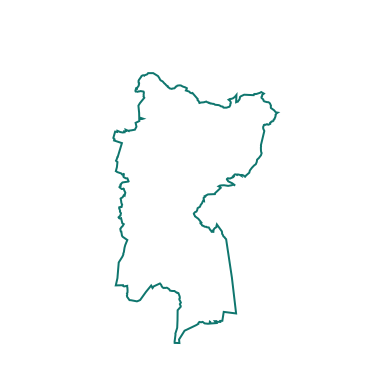 Almoloya, Hidalgo, Mexico (Robinson projection), rotated 319°
{"feature_id": "50627088B66960340766478", "entity_name": "Almoloya", "entity_type": "district", "adm_level": 2, "iso_a3": "MEX", "parent_name": "Mexico", "parent_adm1": "Hidalgo", "projection": "robinson", "projection_center": [-98.314, 19.738], "detail": "fine", "context": "isolated", "style": "outline", "palette": "teal", "viewbox_px": 384, "rotation_deg": 319, "n_neighbors": 0, "source": "geoboundaries", "source_scale": "gbopen_adm2", "svg_char_len": 6053}
<svg xmlns="http://www.w3.org/2000/svg" viewBox="0 0 384 384"><g transform="rotate(319 192 192)"><path d="M249.8,213.7L253.2,213.0L256.5,212.7L258.3,212.9L260.4,211.9L262.4,210.3L264.9,210.2L268.2,209.5L270.1,208.3L270.4,207.3L271.2,206.0L273.1,203.7L274.2,202.7L274.7,201.9L286.6,193.4L287.3,191.0L288.1,189.9L288.8,189.3L289.8,189.0L290.2,188.6L291.1,188.9L291.5,189.5L292.9,189.9L293.4,190.4L293.5,191.0L293.9,191.4L295.7,191.9L296.4,191.0L297.3,191.2L297.7,191.0L298.4,191.0L299.2,191.6L300.4,191.6L301.2,190.9L302.3,191.0L303.5,190.2L303.8,190.2L305.3,189.2L305.5,188.7L305.9,188.4L306.5,188.4L307.1,188.1L308.7,188.3L307.7,187.1L307.5,185.9L307.6,184.3L306.7,180.4L307.2,179.5L308.2,178.7L308.9,176.4L308.9,175.4L308.6,174.4L307.5,173.3L306.0,171.0L305.9,170.1L306.5,168.9L306.2,166.7L306.7,165.9L307.7,165.7L308.6,164.8L310.8,164.9L309.8,162.0L308.3,161.7L305.2,160.4L304.3,159.9L303.9,159.3L303.0,158.9L302.1,159.4L295.3,152.9L294.9,152.7L291.6,151.8L290.6,151.8L288.9,153.1L288.1,153.4L286.9,153.5L286.1,153.9L284.2,153.2L289.2,147.9L286.9,148.3L284.6,148.2L282.9,147.6L281.7,146.7L280.2,146.4L280.5,148.0L280.3,149.2L280.0,149.9L279.2,150.6L278.8,150.6L277.8,151.6L276.2,152.2L273.4,151.0L271.5,149.4L271.1,148.9L271.2,147.7L270.1,146.4L269.7,145.0L269.2,144.0L266.7,141.3L266.2,139.7L265.2,138.8L264.8,138.0L264.0,137.4L263.7,136.9L263.8,136.4L263.1,135.8L263.2,135.3L262.5,134.5L262.1,133.1L259.7,132.0L257.1,130.1L256.5,130.0L256.0,129.7L256.6,128.1L256.5,126.2L256.7,125.9L257.3,125.6L257.3,117.6L256.8,117.5L256.3,116.9L255.7,115.5L255.8,114.6L255.6,114.1L254.0,111.4L255.4,110.9L256.2,110.3L255.5,108.5L254.2,106.3L253.5,104.3L252.4,103.2L250.7,102.1L249.5,102.2L248.8,101.8L248.2,102.1L247.4,102.2L246.5,102.1L245.7,101.4L244.4,100.9L243.1,99.1L243.0,97.8L242.7,97.2L242.7,96.5L243.1,96.3L243.0,95.7L242.6,95.0L242.6,92.7L242.4,92.3L242.4,89.5L242.1,88.4L241.7,87.6L241.6,86.2L242.0,85.0L242.4,82.2L240.7,76.8L236.9,73.5L236.0,73.7L235.1,73.7L232.8,72.8L232.3,72.9L232.0,72.1L231.8,71.9L230.9,71.5L229.7,71.4L229.0,71.8L228.7,71.8L225.5,72.6L224.5,73.1L223.7,74.1L223.8,74.3L223.6,75.0L223.4,75.3L222.7,75.5L222.4,76.2L221.2,76.9L219.4,77.3L218.9,77.2L218.8,77.5L218.1,78.1L217.6,77.7L217.5,77.3L215.8,78.4L215.5,78.8L215.4,79.2L216.0,79.7L216.8,80.8L217.7,81.0L218.2,81.5L219.4,82.1L221.3,84.4L221.1,85.1L220.4,85.9L219.2,86.9L218.5,88.0L218.0,88.2L217.8,89.6L210.9,90.8L208.2,91.7L204.0,97.6L201.1,101.1L203.2,104.6L202.3,104.2L200.0,102.4L198.8,103.9L194.8,102.8L192.9,106.3L189.8,107.5L186.7,105.7L184.8,104.4L184.3,104.6L182.8,101.4L182.1,102.7L181.1,102.1L180.6,102.5L180.3,101.9L179.9,102.4L178.8,101.7L177.2,99.7L175.8,96.8L174.9,97.6L173.6,96.0L168.1,99.6L168.2,100.1L168.0,100.9L167.7,101.3L168.0,101.6L167.5,102.1L167.1,102.2L171.2,109.1L158.8,116.9L158.6,116.7L156.5,118.0L155.2,118.5L155.1,119.1L155.4,120.5L151.6,124.0L148.2,126.3L148.5,127.0L148.6,127.8L150.8,131.6L150.7,132.9L150.9,133.3L152.2,133.5L152.3,133.8L151.7,134.4L150.5,135.1L150.2,136.0L151.0,138.2L152.2,139.3L151.1,142.4L150.9,142.4L145.8,139.2L143.9,139.3L143.3,139.8L142.9,139.5L142.3,139.8L141.9,140.8L141.0,140.9L140.7,140.6L140.4,140.8L140.9,143.6L141.8,144.3L142.5,144.5L142.6,144.9L142.1,145.8L141.2,148.8L139.1,150.3L139.1,149.6L138.3,149.7L137.7,150.2L137.0,150.1L136.1,150.5L134.4,150.1L133.8,150.1L133.0,151.7L131.6,153.8L130.9,155.8L130.4,155.9L129.4,156.9L129.0,157.1L128.4,156.6L128.1,156.6L127.9,156.2L127.0,155.8L126.3,156.6L125.5,158.9L124.7,159.6L124.5,161.3L124.3,161.6L122.7,162.5L122.6,162.8L120.0,162.9L119.8,163.8L120.0,164.5L120.4,164.8L121.3,165.2L118.9,169.9L119.4,171.5L116.9,172.3L116.1,172.2L113.7,172.8L112.5,174.8L112.3,175.7L112.5,175.8L110.5,179.0L110.3,180.3L111.7,185.8L106.9,188.2L104.5,189.8L101.2,192.6L99.6,193.5L99.2,194.1L97.1,195.1L90.5,197.1L79.2,208.1L73.2,212.5L78.8,217.1L78.4,217.8L78.8,218.7L81.5,220.3L80.7,221.2L80.5,221.8L78.7,224.1L77.3,225.6L76.4,225.8L76.1,226.6L75.1,227.5L74.9,227.5L74.3,228.5L73.9,232.6L75.0,233.7L78.7,238.4L80.3,239.0L82.0,239.5L91.7,237.2L99.8,235.8L99.2,238.6L100.2,238.4L100.8,238.0L107.8,240.0L107.8,241.9L107.3,243.2L107.2,244.8L107.7,246.0L108.3,246.2L108.9,246.9L110.1,247.6L110.4,248.1L111.0,250.4L110.7,251.9L111.8,253.4L113.8,255.2L114.4,257.8L114.7,258.0L114.7,258.6L115.2,259.0L115.4,259.4L114.2,262.7L113.2,264.1L112.2,264.4L111.8,265.1L111.7,265.9L111.0,268.2L109.3,268.6L109.1,268.9L108.8,270.4L108.2,271.2L103.6,271.8L97.0,279.2L91.7,284.8L86.5,288.0L86.0,288.8L80.7,293.5L79.9,294.5L83.4,297.7L85.5,294.8L95.4,291.8L107.7,295.2L110.3,295.7L110.6,295.2L112.3,294.9L113.4,296.3L114.8,297.0L114.9,297.3L115.3,299.4L117.6,301.9L119.0,302.9L120.4,301.6L120.5,301.9L120.4,302.4L119.7,303.4L124.4,306.9L124.5,304.5L125.6,305.4L125.3,306.0L128.1,308.6L128.7,307.8L130.4,309.1L137.3,303.3L145.6,312.6L166.0,282.7L186.8,250.0L186.7,248.4L186.9,247.8L186.6,246.1L187.1,244.8L187.3,243.3L188.2,242.2L188.7,241.3L189.5,232.8L188.0,233.8L187.8,234.3L187.5,234.5L186.4,234.4L185.6,234.2L184.3,234.4L183.1,235.0L182.0,236.1L180.8,235.0L181.3,234.3L180.9,234.2L180.9,232.4L181.4,229.8L180.1,228.4L180.0,227.7L179.2,227.0L178.6,226.1L178.5,225.2L177.8,224.3L177.7,223.7L178.0,222.9L177.8,221.3L177.9,221.0L179.0,221.2L179.2,216.3L178.3,212.3L178.5,212.0L178.9,210.1L179.3,209.4L181.3,209.2L182.4,209.7L183.0,209.5L184.0,209.1L185.6,207.9L186.8,208.0L187.9,208.4L189.3,207.9L189.9,207.5L192.3,207.0L193.8,206.2L194.7,205.9L195.1,206.8L195.8,205.9L196.0,205.2L196.9,204.1L198.9,204.2L198.9,203.5L202.5,204.3L207.9,208.6L208.7,208.0L216.4,207.7L216.3,206.5L215.8,205.2L217.3,205.5L218.4,206.2L220.6,207.9L223.3,211.1L226.5,213.0L227.3,213.2L228.0,213.6L228.8,215.4L228.6,214.1L228.1,211.8L226.3,207.6L226.6,206.8L226.5,205.5L226.9,205.1L228.0,205.1L229.6,206.8L232.1,207.6L232.7,207.2L233.0,207.8L234.0,207.7L234.3,207.0L235.6,206.8L236.1,207.0L236.8,207.6L237.2,208.8L238.1,208.8L239.8,211.1L239.6,211.4L239.8,212.0L239.9,211.7L240.5,211.6L240.9,211.9L241.8,213.4L241.9,214.8L242.1,215.3L243.6,215.0L247.9,215.0L249.8,213.7Z" fill="none" stroke="#0f766e" stroke-width="2"/></g></svg>